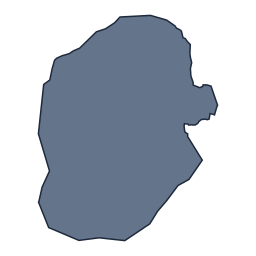 Keffi, Nassarawa, Nigeria
{"feature_id": "59680162B35305934518280", "entity_name": "Keffi", "entity_type": "district", "adm_level": 2, "iso_a3": "NGA", "parent_name": "Nigeria", "parent_adm1": "Nassarawa", "projection": "orthographic", "projection_center": [7.867, 8.837], "detail": "fine", "context": "isolated", "style": "filled", "palette": "slate", "viewbox_px": 256, "rotation_deg": 0, "n_neighbors": 0, "source": "geoboundaries", "source_scale": "gbopen_adm2", "svg_char_len": 1010}
<svg xmlns="http://www.w3.org/2000/svg" viewBox="0 0 256 256"><path d="M150.5,15.4L120.0,17.0L114.6,22.8L105.5,28.8L96.4,31.8L79.6,48.2L73.7,50.7L69.1,53.7L62.2,55.7L56.7,58.2L54.6,60.2L52.2,68.5L49.8,80.0L43.7,84.4L38.4,133.7L49.5,171.0L42.1,187.2L38.8,201.8L38.5,202.1L48.7,227.6L78.9,240.4L99.1,237.8L124.8,240.6L149.8,223.8L157.7,211.1L166.7,200.6L178.0,185.5L189.0,179.4L202.3,160.1L202.1,159.9L187.6,136.5L187.7,133.9L184.9,132.0L184.5,129.7L184.1,126.3L184.4,123.7L187.9,124.1L188.8,125.1L190.7,124.8L193.4,125.0L195.2,125.0L197.8,123.3L198.9,121.5L201.3,119.6L205.1,119.1L207.3,119.7L209.1,119.1L210.1,113.6L213.3,114.4L214.5,114.9L216.9,106.6L217.6,105.3L211.0,86.1L206.9,84.9L203.1,84.9L202.7,86.4L199.8,87.7L195.0,85.8L193.2,85.1L193.1,82.4L190.9,76.0L190.4,68.6L191.7,62.6L190.6,58.3L189.9,54.0L190.3,44.5L187.8,42.1L185.2,38.5L183.0,37.7L182.1,33.9L181.4,31.1L180.0,29.9L178.1,28.9L176.5,28.2L175.0,25.9L173.7,25.0L166.7,20.1L150.5,15.4Z" fill="#64748b" stroke="#1e293b" stroke-width="1.5"/></svg>